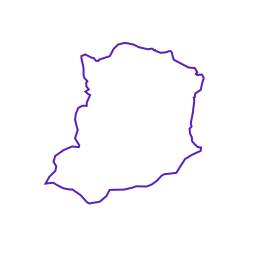 the district of Jabal Habashi, Ta`izz, Yemen, rotated 28°
{"feature_id": "15242507B58786860168028", "entity_name": "Jabal Habashi", "entity_type": "district", "adm_level": 2, "iso_a3": "YEM", "parent_name": "Yemen", "parent_adm1": "Ta`izz", "projection": "mercator", "projection_center": [43.88, 13.465], "detail": "fine", "context": "isolated", "style": "outline", "palette": "violet", "viewbox_px": 256, "rotation_deg": 28, "n_neighbors": 0, "source": "geoboundaries", "source_scale": "gbopen_adm2", "svg_char_len": 2751}
<svg xmlns="http://www.w3.org/2000/svg" viewBox="0 0 256 256"><g transform="rotate(28 128 128)"><path d="M81.3,215.8L87.5,211.5L88.4,211.5L90.7,211.6L93.1,211.7L98.9,211.6L102.2,210.7L102.7,210.5L102.9,210.4L103.6,210.2L104.8,209.8L105.4,209.7L107.6,208.4L117.6,209.5L126.7,212.8L129.3,212.8L137.7,206.3L138.3,204.8L138.9,203.3L140.7,198.9L140.9,198.5L140.9,195.0L140.8,191.4L142.1,190.6L145.1,188.9L148.1,187.2L149.6,186.4L149.8,186.3L152.9,184.5L153.5,184.2L157.4,180.7L157.5,180.6L159.2,179.4L161.3,177.0L161.4,176.9L161.7,176.6L162.7,175.6L165.3,174.3L165.5,174.2L166.1,173.9L166.4,173.7L166.9,173.5L167.6,173.1L169.9,171.9L170.5,171.7L171.3,171.3L171.6,171.1L171.8,171.0L175.3,167.0L176.6,164.4L178.3,160.9L180.1,154.3L181.4,152.1L184.8,149.7L191.5,145.1L191.7,144.9L192.0,141.1L192.1,139.7L192.2,137.6L192.4,135.0L192.7,132.0L192.8,130.4L192.9,128.6L193.3,128.0L193.6,127.5L193.9,127.1L194.2,126.5L194.3,126.3L196.9,122.0L199.9,117.9L202.9,114.2L201.7,110.9L198.4,112.1L194.3,111.0L191.9,110.0L190.4,109.3L189.3,107.0L188.4,106.0L185.5,103.8L185.3,103.7L185.2,103.6L185.0,103.3L183.4,100.7L183.2,100.4L182.9,99.9L182.8,99.7L182.7,99.6L183.4,96.9L181.4,94.6L180.4,91.9L180.4,91.6L177.6,82.6L177.3,82.1L177.2,81.9L176.7,80.6L176.4,79.8L174.2,73.9L173.1,71.8L171.8,70.4L172.5,69.3L172.4,69.2L171.8,67.6L171.3,66.3L171.3,65.7L174.3,60.2L172.4,53.6L171.6,48.9L170.9,47.8L168.1,46.1L164.4,48.7L162.5,48.5L162.6,47.9L163.2,47.9L163.0,46.3L158.8,43.7L152.9,46.2L151.3,46.2L150.4,46.2L148.0,46.2L142.5,46.2L136.3,46.2L133.5,43.4L131.2,40.7L130.3,40.2L128.6,40.5L127.2,42.0L126.1,43.1L125.5,43.7L124.7,44.3L123.2,45.2L121.5,46.2L121.1,46.4L118.5,46.7L117.7,46.8L115.7,46.9L115.3,46.9L115.1,46.6L114.7,47.0L114.0,47.0L113.7,47.0L112.6,46.6L112.3,46.7L111.8,46.8L111.6,46.8L110.7,47.6L110.1,48.0L108.4,49.3L106.6,49.6L106.2,49.8L101.9,51.0L99.5,51.6L98.7,51.6L96.5,51.6L94.6,51.7L93.7,51.7L88.6,53.2L86.0,54.1L85.3,54.3L83.5,55.8L82.0,57.2L81.8,57.4L80.1,58.9L78.7,63.3L78.2,64.7L78.2,65.7L78.2,70.0L78.2,71.3L78.2,73.1L70.5,81.1L70.2,82.9L68.0,83.7L65.1,82.4L62.8,83.0L58.6,83.1L55.7,83.1L54.1,85.1L53.1,86.4L53.9,87.8L54.5,88.8L56.6,91.2L57.2,91.9L60.1,95.3L60.6,96.0L64.2,102.6L65.5,103.8L66.1,104.3L70.2,105.8L69.8,107.7L70.6,108.9L71.8,110.8L72.0,111.0L72.5,111.2L73.1,111.4L74.7,112.1L75.2,112.3L73.6,115.6L73.5,115.8L73.4,115.9L76.1,116.6L79.1,116.7L79.6,124.8L80.8,127.2L81.1,127.8L80.5,128.1L78.6,129.1L77.2,129.8L76.9,130.3L76.8,130.5L76.1,131.5L75.3,132.7L74.7,133.6L74.7,134.0L75.0,137.1L75.3,140.2L75.4,140.3L77.3,145.5L84.6,153.5L86.1,162.1L93.1,166.1L93.5,168.0L87.4,170.5L81.4,177.9L78.8,183.1L76.8,187.0L78.2,192.9L82.7,195.5L83.2,197.4L84.0,199.8L84.0,200.0L81.5,207.8L81.3,215.8Z" fill="none" stroke="#5b21b6" stroke-width="2"/></g></svg>